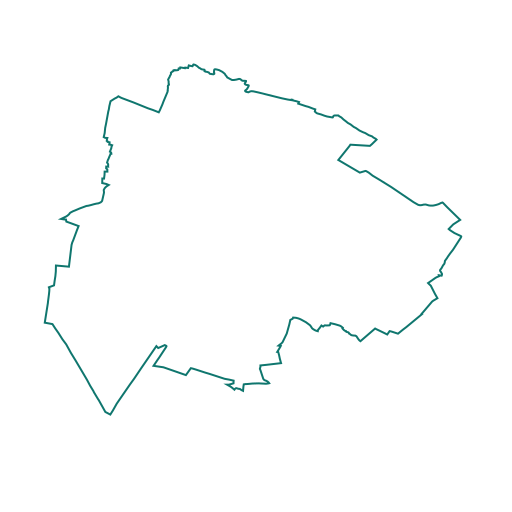 Chau Thanh, Sóc Trăng, Vietnam (Equal Earth projection), rotated 279°
{"feature_id": "81297802B53741861263416", "entity_name": "Chau Thanh", "entity_type": "district", "adm_level": 2, "iso_a3": "VNM", "parent_name": "Vietnam", "parent_adm1": "Sóc Trăng", "projection": "equal_earth", "projection_center": [105.914, 9.671], "detail": "fine", "context": "isolated", "style": "outline", "palette": "teal", "viewbox_px": 512, "rotation_deg": 279, "n_neighbors": 0, "source": "geoboundaries", "source_scale": "gbopen_adm2", "svg_char_len": 6049}
<svg xmlns="http://www.w3.org/2000/svg" viewBox="0 0 512 512"><g transform="rotate(279 256 256)"><path d="M433.7,159.8L431.1,159.5L431.0,156.6L430.4,156.5L430.4,151.7L429.3,151.6L429.1,150.3L428.3,150.3L427.6,150.1L427.2,149.2L426.8,147.6L426.6,146.7L426.9,146.6L426.5,145.4L426.2,145.3L425.7,145.4L425.3,145.0L425.0,144.4L424.5,144.1L423.8,143.3L423.5,143.3L423.1,143.5L422.0,143.5L420.7,142.9L419.2,142.6L418.3,142.2L416.5,141.6L414.7,142.4L412.8,142.7L412.4,143.0L411.8,143.2L411.3,143.1L410.8,142.8L410.6,142.4L410.0,142.4L409.4,142.4L408.6,142.7L407.2,142.8L405.8,142.8L405.6,143.0L404.1,142.9L393.9,140.4L390.9,139.8L384.8,138.2L382.7,137.5L384.1,131.3L385.0,126.1L386.9,117.9L388.5,111.0L390.9,99.2L391.3,97.6L392.2,95.1L390.6,93.5L389.4,91.8L386.1,88.1L381.2,87.7L377.6,87.7L375.8,87.5L363.0,87.2L359.0,87.0L353.8,87.3L349.6,87.0L349.1,88.6L349.3,90.7L347.7,90.5L346.3,90.6L346.1,91.4L345.5,91.6L345.4,93.6L344.1,93.7L343.1,93.6L343.1,95.5L342.9,96.6L341.4,96.2L339.8,96.2L336.2,95.4L336.0,96.0L335.5,96.6L335.0,97.0L334.4,97.1L334.4,96.4L332.9,96.1L331.1,95.6L328.8,95.1L327.7,94.7L324.9,94.3L324.1,95.2L323.4,95.6L322.7,95.8L321.7,95.8L321.1,96.0L320.9,94.1L319.1,94.3L318.3,95.6L316.1,96.0L315.7,93.3L312.4,93.7L308.7,93.8L308.5,92.1L304.0,92.7L303.7,97.1L303.1,99.4L301.4,97.5L300.3,96.6L299.4,96.0L297.8,95.4L297.3,95.3L295.1,95.9L293.7,95.9L286.4,95.4L285.5,94.9L284.7,94.2L283.4,92.2L282.7,90.0L281.7,87.6L280.4,84.8L279.4,82.4L278.9,80.7L275.3,74.3L272.6,70.0L271.6,68.3L269.8,65.9L269.2,65.4L268.1,64.9L266.5,63.6L265.3,62.3L262.1,57.7L262.1,61.0L262.3,62.6L260.3,63.3L259.4,68.1L257.8,76.1L253.4,75.1L242.9,73.0L240.6,72.4L238.1,72.1L216.2,72.9L215.3,59.9L209.3,60.7L204.7,61.0L199.9,61.0L195.4,61.1L192.7,56.3L192.4,56.4L191.6,57.0L189.3,57.3L185.8,57.5L178.5,57.7L176.9,57.8L157.1,57.8L156.9,65.6L153.1,69.0L149.2,72.8L143.5,77.8L139.0,82.4L131.4,88.3L124.5,94.2L118.1,99.5L107.2,108.5L101.9,112.5L97.2,116.5L96.0,117.3L89.8,122.5L89.1,123.2L78.4,131.6L76.6,136.9L81.0,138.8L88.5,141.6L109.4,151.6L115.7,154.8L127.1,160.1L151.4,171.7L149.8,173.8L153.7,179.8L153.6,180.0L153.5,180.6L153.2,181.5L152.8,181.7L152.1,181.5L140.2,176.1L138.2,175.1L131.5,172.0L131.6,182.0L129.3,194.9L127.4,205.4L135.0,209.2L134.9,211.0L134.4,214.6L132.9,224.0L132.3,228.5L129.8,244.2L129.7,248.7L129.4,253.4L126.7,253.7L124.7,249.4L124.4,247.6L122.8,251.8L122.2,252.9L120.6,255.6L121.5,256.0L122.3,256.9L122.4,257.3L122.1,259.3L122.2,260.8L121.5,262.2L121.2,262.9L120.8,264.3L125.1,264.0L127.3,264.0L127.9,265.8L128.2,267.5L129.5,272.6L130.6,278.4L131.4,285.9L132.1,288.2L132.4,288.9L133.1,288.2L133.8,287.1L134.3,285.8L134.6,284.3L134.8,283.6L135.6,282.6L136.0,282.3L144.0,278.2L145.1,277.5L147.6,277.7L148.6,277.5L150.1,283.2L154.1,297.5L158.3,295.6L161.7,294.3L164.6,293.0L164.6,292.0L170.0,294.2L171.0,294.5L171.0,292.3L171.9,293.1L173.4,294.6L174.8,295.6L175.3,295.8L184.2,298.5L193.6,299.6L198.2,299.9L199.8,302.0L201.0,302.3L201.2,305.2L201.0,307.4L200.7,309.0L200.3,310.4L198.4,315.7L196.1,320.1L195.4,320.9L193.4,322.7L192.9,323.5L192.0,325.6L191.6,327.1L191.4,328.8L192.6,328.8L195.2,330.3L197.6,331.5L196.8,333.3L198.2,334.6L198.5,337.0L199.0,339.4L199.1,339.6L199.7,339.9L201.3,340.1L201.0,344.6L200.4,349.1L200.3,349.7L199.8,351.1L198.7,353.0L198.0,352.7L197.1,353.8L196.6,354.5L196.0,355.7L195.9,356.6L195.5,356.7L195.3,357.1L195.1,357.9L195.1,358.8L194.9,359.4L194.5,359.8L194.0,360.0L193.8,360.7L192.9,362.2L192.7,363.0L192.7,364.7L192.9,366.5L192.7,367.1L192.6,367.4L192.3,367.9L190.1,369.9L189.0,371.1L188.6,371.7L188.2,372.5L188.7,372.9L192.5,376.1L203.0,385.0L202.6,386.1L200.3,393.8L199.0,397.9L202.7,399.7L202.7,400.3L202.5,402.1L201.5,408.4L206.4,412.8L209.2,415.5L224.5,429.0L224.7,428.6L238.6,437.1L239.7,438.2L242.7,441.8L246.7,438.6L254.0,433.3L255.3,431.4L256.2,430.2L262.2,436.4L263.2,437.6L264.7,440.0L265.6,439.6L265.6,442.4L266.5,442.6L267.4,442.5L269.1,441.2L269.9,440.3L270.7,440.0L271.1,440.1L272.9,441.1L276.0,442.2L277.7,443.2L278.9,443.4L280.4,443.4L280.8,443.4L283.7,444.9L285.6,445.7L289.0,447.4L293.0,449.6L303.4,454.2L306.1,455.4L307.2,455.7L307.5,455.6L307.7,455.3L309.7,448.4L311.9,443.5L312.8,442.1L318.1,445.9L323.6,452.0L334.1,437.2L337.8,432.3L337.9,432.0L338.0,431.7L337.8,431.4L337.3,430.4L335.8,428.3L334.6,425.9L333.7,423.6L333.4,422.6L333.1,420.8L333.0,418.9L333.4,415.6L333.0,413.6L332.2,411.7L331.9,410.6L331.8,409.7L331.9,408.2L333.8,403.2L345.3,378.7L350.8,365.6L353.6,358.6L356.0,354.3L357.1,351.5L357.1,350.7L354.6,345.5L363.7,322.3L379.2,331.1L380.7,331.8L382.6,351.3L384.6,353.0L386.5,354.4L389.8,356.9L390.5,355.9L391.4,353.4L392.3,351.9L393.0,348.4L394.5,344.7L395.0,342.3L396.1,338.6L398.0,334.7L398.8,332.3L400.7,328.9L401.8,325.9L403.1,323.7L404.5,321.1L406.2,318.6L407.1,316.2L407.5,315.7L407.7,315.3L407.1,311.7L406.9,311.2L406.3,310.6L405.4,310.2L405.0,310.2L404.9,310.0L404.8,309.8L404.9,304.3L405.3,301.5L406.0,298.1L406.4,294.5L406.6,293.6L407.9,291.5L410.1,291.6L410.5,289.1L411.5,284.5L411.8,281.7L413.1,273.9L414.8,274.4L415.2,271.5L415.5,267.5L416.0,267.5L416.0,266.7L415.5,266.7L415.5,262.8L415.8,256.9L417.9,232.7L418.2,227.7L418.1,225.9L417.9,225.2L417.5,224.3L416.5,222.9L416.6,221.1L416.7,220.3L417.0,219.7L417.4,219.4L417.8,219.5L419.0,220.6L419.8,221.1L422.4,222.1L423.3,222.1L423.5,221.6L423.5,219.8L423.7,218.8L423.9,218.4L424.3,218.0L424.7,217.9L425.5,218.2L426.7,218.8L427.0,218.8L427.3,218.7L427.3,218.3L427.3,217.4L427.0,215.5L427.1,214.8L428.2,212.9L428.3,212.2L428.2,211.4L427.1,208.9L426.4,206.7L426.2,205.7L426.1,204.7L427.9,199.6L428.6,199.1L429.9,197.6L431.1,196.6L432.6,194.0L433.8,190.5L434.0,188.8L434.1,187.2L434.0,186.2L433.6,185.7L432.9,185.6L430.8,185.7L430.2,186.2L429.5,186.3L429.2,186.1L428.8,185.5L428.8,184.8L428.7,184.3L428.8,183.3L428.7,182.2L428.9,181.7L429.9,180.6L430.2,178.7L430.2,177.1L430.6,176.2L431.4,176.3L431.9,175.9L431.9,173.2L432.2,172.3L432.6,171.6L432.9,170.4L434.3,168.2L435.2,166.1L435.4,164.4L435.2,164.1L434.8,164.0L434.3,163.9L433.5,163.6L433.5,162.2L433.7,159.8Z" fill="none" stroke="#0f766e" stroke-width="2"/></g></svg>